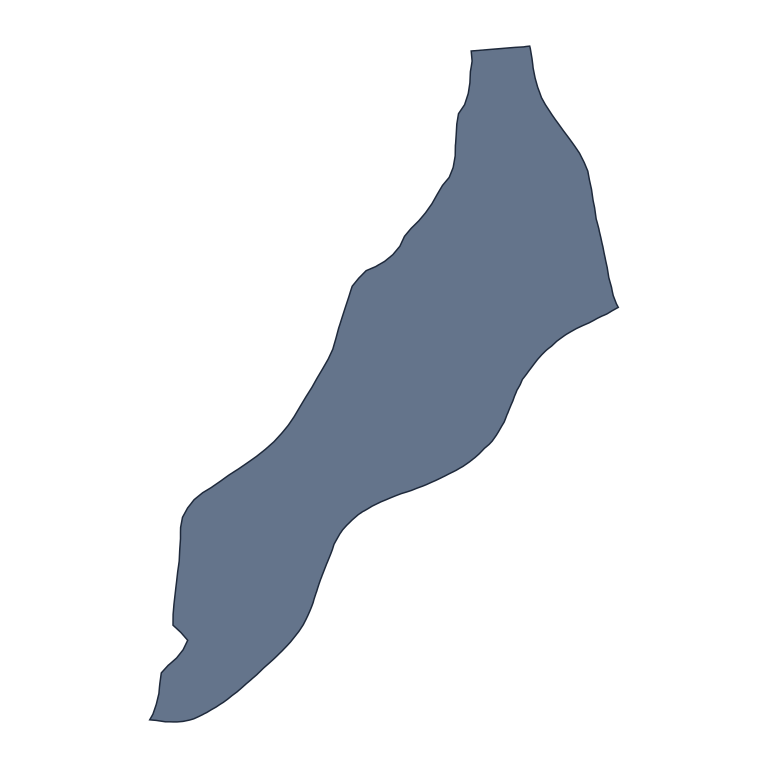 outline of Rakhyah, Hadramawt, Yemen
{"feature_id": "15242507B88244220380617", "entity_name": "Rakhyah", "entity_type": "district", "adm_level": 2, "iso_a3": "YEM", "parent_name": "Yemen", "parent_adm1": "Hadramawt", "projection": "albers", "projection_center": [47.778, 15.473], "detail": "fine", "context": "isolated", "style": "filled", "palette": "slate", "viewbox_px": 768, "rotation_deg": 0, "n_neighbors": 0, "source": "geoboundaries", "source_scale": "gbopen_adm2", "svg_char_len": 4191}
<svg xmlns="http://www.w3.org/2000/svg" viewBox="0 0 768 768"><path d="M471.2,51.0L472.1,61.1L471.3,66.4L470.9,68.7L470.4,71.6L469.9,82.9L468.4,92.6L468.2,93.7L464.6,104.7L458.5,113.7L456.8,124.1L456.2,134.8L455.6,143.7L455.4,145.2L455.2,155.9L453.2,167.3L452.5,169.2L449.2,177.4L442.5,185.4L437.2,194.4L431.9,203.8L429.6,207.0L425.6,212.7L418.8,220.8L411.2,228.3L409.5,230.3L404.5,236.3L399.8,246.4L398.8,247.5L392.8,254.7L384.6,261.4L378.3,265.0L375.7,266.6L374.5,267.1L366.2,270.6L358.8,278.1L352.2,286.2L350.5,291.4L348.9,296.6L345.4,307.2L342.0,317.7L339.8,324.7L338.7,328.0L335.9,338.5L334.0,345.0L332.8,349.2L328.2,359.1L322.8,368.5L317.4,377.6L316.2,379.7L311.9,387.4L310.5,389.6L305.9,396.9L300.2,406.4L294.1,416.7L289.7,423.2L288.1,425.5L283.6,431.0L281.4,433.6L274.0,441.7L265.3,449.4L256.5,456.4L247.7,462.6L238.4,469.0L234.6,471.4L229.0,475.0L224.8,478.0L220.7,481.0L213.0,486.3L211.6,487.3L211.0,487.7L202.7,492.7L196.3,497.9L194.1,499.7L190.2,504.7L187.6,508.0L182.5,517.3L180.6,527.5L180.5,532.1L180.5,532.6L180.5,538.8L179.7,550.4L179.2,561.1L178.4,566.9L177.7,571.7L176.5,582.4L175.9,587.3L175.2,593.5L174.0,603.9L173.1,614.5L173.1,615.4L173.0,625.2L180.8,632.4L187.7,640.3L183.1,649.8L176.6,658.0L169.1,664.6L168.4,665.1L161.3,672.9L159.9,683.2L159.5,686.8L158.9,693.6L158.3,696.0L157.6,698.9L156.3,704.3L154.6,709.3L152.9,714.2L150.7,718.1L149.7,719.8L151.7,720.0L156.2,720.4L160.8,721.1L165.4,721.8L168.2,721.8L170.0,721.8L172.8,721.9L177.3,721.9L182.0,721.5L183.1,721.4L185.0,721.0L188.9,720.2L190.1,719.9L193.8,718.8L194.9,718.3L198.4,716.7L202.7,714.6L203.9,713.9L206.8,712.5L209.4,710.9L211.7,709.5L216.0,707.1L220.0,704.4L223.4,702.3L228.0,698.9L229.1,698.0L232.0,695.6L237.3,691.7L238.5,690.6L240.4,689.0L246.2,683.8L251.5,679.3L252.0,678.8L256.8,674.7L258.4,673.1L260.2,671.4L262.8,668.8L264.2,667.5L269.1,663.2L273.2,659.5L274.7,658.1L277.0,655.9L278.1,654.8L279.2,653.7L282.2,650.8L283.8,649.1L286.8,646.0L290.5,642.0L293.6,638.1L298.1,632.4L298.9,631.4L303.3,624.7L304.2,622.9L305.5,620.4L306.1,619.2L308.0,615.2L309.9,610.9L311.5,607.0L313.1,602.7L313.9,599.7L314.3,598.4L315.9,593.5L316.8,591.0L317.5,588.6L319.1,583.7L320.4,580.0L320.7,579.1L321.4,577.5L322.3,574.9L322.7,574.0L323.9,570.9L326.4,564.5L326.7,563.6L327.0,563.1L328.3,559.9L329.0,558.2L330.9,553.5L332.4,549.5L334.0,544.3L335.7,541.2L336.9,539.1L340.0,533.6L340.9,532.4L342.5,530.0L343.1,529.3L346.6,525.4L350.0,522.1L352.1,520.0L353.8,518.5L355.2,517.3L358.3,514.6L361.7,512.3L362.9,511.5L364.0,511.0L367.8,508.8L372.2,506.1L376.5,504.0L380.8,501.9L385.7,499.9L390.6,497.8L395.8,495.7L401.3,493.6L403.3,493.0L406.3,492.1L408.5,491.4L411.5,490.4L416.7,488.3L421.6,486.5L422.5,486.2L426.2,484.7L430.8,482.6L432.6,481.8L435.4,480.6L440.4,478.2L443.2,476.8L444.7,476.1L448.7,474.0L456.0,470.4L460.6,467.7L462.8,466.5L469.3,462.0L473.6,458.6L474.8,457.7L479.2,453.8L484.0,448.8L484.1,448.6L489.1,444.4L492.2,441.1L496.3,435.3L497.1,434.0L498.4,431.9L501.9,425.8L504.1,422.2L504.8,420.5L505.7,418.2L507.2,414.2L507.6,413.5L509.1,409.7L510.3,406.8L511.0,405.1L512.9,400.8L514.5,396.2L516.0,392.7L517.0,390.1L518.0,388.5L520.2,384.6L522.4,379.4L524.0,377.4L526.4,374.3L529.5,370.0L530.6,368.6L533.6,364.6L536.2,361.2L537.6,359.4L541.7,354.8L544.9,351.6L546.6,350.0L548.7,348.3L551.6,346.1L555.3,342.6L556.8,341.2L559.9,338.9L562.1,337.3L564.6,335.5L566.4,334.3L571.0,331.6L572.1,331.0L576.3,328.6L582.7,325.6L589.4,322.7L589.5,322.6L593.5,320.5L597.2,318.4L602.1,316.0L604.1,315.2L607.0,313.9L611.9,310.9L616.2,308.5L618.3,307.4L616.4,303.8L613.2,295.5L612.1,290.5L611.5,287.2L610.5,283.7L608.8,277.6L607.2,267.5L606.8,265.8L605.6,260.3L605.2,258.2L604.0,252.6L602.9,246.8L602.0,243.1L600.9,237.9L599.3,231.2L598.9,229.0L597.0,221.8L596.2,219.1L594.6,207.7L593.1,200.5L592.9,199.1L591.5,189.3L589.5,180.3L589.2,178.7L587.8,171.1L584.2,162.5L579.5,153.2L574.7,146.1L572.7,143.3L569.3,138.6L565.1,133.0L563.3,130.6L559.0,124.6L557.7,122.8L555.4,119.7L552.0,114.8L545.8,105.3L545.7,105.2L545.4,104.7L541.5,97.7L539.5,92.1L537.7,87.3L535.1,78.0L533.1,67.9L532.8,64.9L532.0,58.6L530.3,48.5L529.7,46.1L526.0,46.5L523.7,46.9L514.8,47.4L471.2,51.0Z" fill="#64748b" stroke="#1e293b" stroke-width="1.5"/></svg>